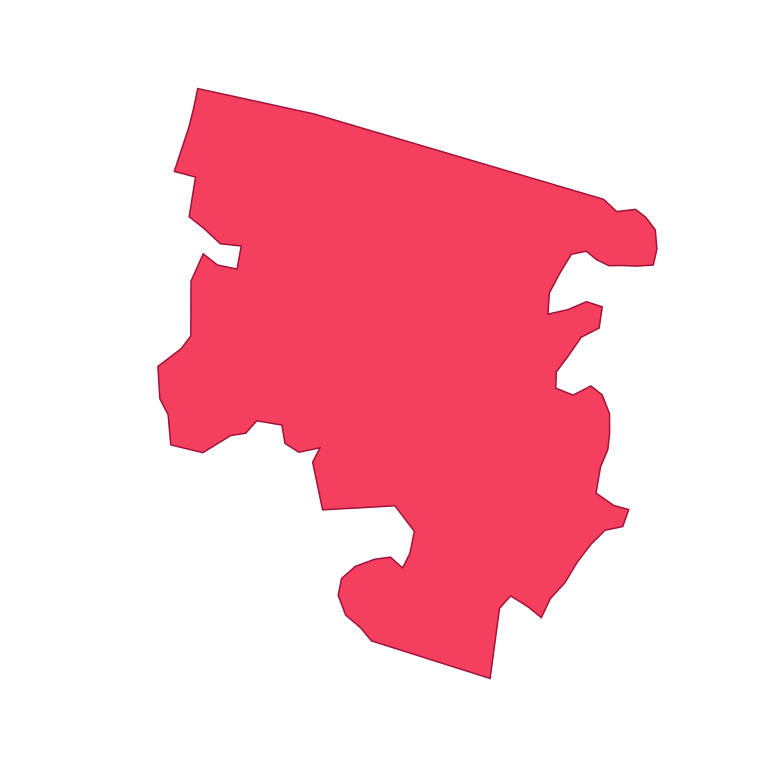 the district of Montauri, Rio Grande do Sul, Brazil, rotated 199°
{"feature_id": "56859067B40303133509643", "entity_name": "Montauri", "entity_type": "district", "adm_level": 2, "iso_a3": "BRA", "parent_name": "Brazil", "parent_adm1": "Rio Grande do Sul", "projection": "robinson", "projection_center": [-52.06, -28.663], "detail": "fine", "context": "isolated", "style": "filled", "palette": "rose", "viewbox_px": 768, "rotation_deg": 199, "n_neighbors": 0, "source": "geoboundaries", "source_scale": "gbopen_adm2", "svg_char_len": 1227}
<svg xmlns="http://www.w3.org/2000/svg" viewBox="0 0 768 768"><g transform="rotate(199 384 384)"><path d="M187.8,140.1L201.7,209.5L195.3,224.9L174.2,219.9L159.2,214.3L156.8,235.3L148.3,254.8L143.2,278.6L136.2,299.7L127.4,317.6L111.9,327.0L111.7,344.9L127.4,344.0L148.0,349.9L152.3,376.3L151.0,394.8L154.4,410.2L161.1,429.4L174.2,444.8L187.8,449.5L201.7,435.0L220.2,436.0L225.0,451.4L219.4,468.9L212.7,492.5L198.8,506.9L202.8,528.0L219.4,527.7L234.3,514.2L251.7,503.5L257.3,523.9L253.9,545.6L249.1,567.6L236.0,575.4L223.4,570.7L209.8,569.1L196.7,573.8L183.8,577.6L168.1,584.2L169.9,600.5L177.7,618.1L190.8,626.9L203.1,631.0L220.2,622.8L236.5,630.1L537.7,616.6L656.3,602.7L653.7,582.0L652.1,563.5L651.5,516.7L629.6,518.3L622.7,478.7L604.8,472.4L584.5,463.3L563.9,468.0L560.4,444.8L580.2,442.3L597.3,448.2L600.0,418.4L582.3,366.6L587.2,351.5L603.5,327.0L591.2,297.2L578.1,284.6L565.8,257.0L532.9,260.1L512.3,285.2L498.7,292.5L492.3,307.8L467.2,311.9L458.3,295.6L442.3,291.8L423.8,302.8L426.0,286.8L401.1,245.0L334.0,272.4L307.3,254.5L304.4,232.2L306.5,216.1L321.5,222.4L335.9,215.2L351.7,202.3L360.8,186.3L358.6,169.4L345.0,153.0L326.6,145.8L312.1,137.0L187.8,140.1Z" fill="#f43f5e" stroke="#9f1239" stroke-width="1.5"/></g></svg>